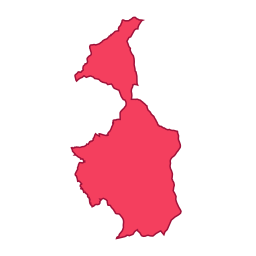 the district of Predeal, Brasov, Romania, rotated 272°
{"feature_id": "2599482B30401095830513", "entity_name": "Predeal", "entity_type": "district", "adm_level": 2, "iso_a3": "ROU", "parent_name": "Romania", "parent_adm1": "Brasov", "projection": "natural_earth1", "projection_center": [25.612, 45.498], "detail": "fine", "context": "isolated", "style": "filled", "palette": "rose", "viewbox_px": 256, "rotation_deg": 272, "n_neighbors": 0, "source": "geoboundaries", "source_scale": "gbopen_adm2", "svg_char_len": 5717}
<svg xmlns="http://www.w3.org/2000/svg" viewBox="0 0 256 256"><g transform="rotate(272 128 128)"><path d="M236.2,138.9L236.3,138.3L236.4,135.5L237.3,133.7L237.5,132.7L238.6,131.8L238.8,131.3L238.8,130.1L238.4,129.0L237.4,128.1L236.9,127.3L236.4,126.8L236.1,126.0L235.4,125.3L235.2,124.7L235.0,122.1L235.1,121.2L235.6,120.1L235.8,119.4L235.7,118.8L235.2,118.4L233.3,118.2L232.2,117.6L230.3,117.0L228.5,115.4L228.1,115.3L227.1,115.0L225.9,115.2L224.8,115.1L224.6,113.7L224.1,111.8L222.5,110.3L221.1,108.8L220.8,108.3L220.8,107.9L220.2,107.9L220.1,107.5L219.7,107.5L219.4,106.6L219.1,106.0L218.4,105.7L217.2,104.6L216.3,103.7L215.5,101.6L214.3,99.8L212.8,98.6L212.2,97.5L211.4,96.8L210.6,94.9L210.3,94.0L210.0,93.1L209.9,92.5L210.1,92.2L210.2,91.2L210.0,90.1L209.8,89.7L209.7,88.3L209.5,87.5L208.1,86.9L206.3,87.1L205.5,87.5L204.0,87.9L202.2,88.6L200.3,88.7L199.2,87.9L198.9,87.2L198.1,86.2L196.6,85.0L195.9,84.7L194.9,84.8L192.8,85.3L191.5,84.8L190.8,84.2L190.6,82.9L189.8,82.7L188.3,81.2L186.5,80.9L185.4,80.9L184.7,81.2L184.2,81.1L183.7,80.3L183.1,79.9L183.0,79.5L182.0,79.0L182.0,78.5L182.4,77.0L182.2,76.2L181.0,75.4L179.2,73.4L178.5,73.2L177.8,73.3L173.9,74.4L173.1,75.0L174.9,76.7L176.3,78.7L177.0,80.4L178.6,82.2L177.2,84.6L178.2,87.0L178.7,88.8L177.7,91.6L176.3,93.0L176.1,94.8L175.6,97.2L173.9,99.0L172.9,101.0L172.1,104.9L170.7,106.2L171.4,109.8L170.2,110.9L168.4,111.8L167.2,112.9L165.4,117.7L159.2,120.2L156.5,122.1L156.2,122.5L155.9,123.8L155.5,124.2L154.0,125.0L152.8,125.3L150.8,125.2L150.0,125.0L149.2,124.3L147.2,123.0L146.4,122.0L144.2,120.2L143.3,119.7L142.2,119.6L136.3,119.9L136.3,117.8L135.9,115.9L135.5,115.6L135.5,113.9L135.2,113.1L134.8,112.9L133.1,113.2L133.1,112.7L132.3,112.6L132.0,113.2L129.4,112.2L128.5,111.7L127.2,111.4L125.5,110.7L123.8,109.7L123.1,108.8L122.4,108.4L121.4,108.0L120.6,108.3L119.4,108.3L119.6,108.3L120.1,107.7L119.9,107.4L120.1,106.9L119.8,106.8L119.7,106.4L120.2,103.8L121.2,100.1L121.2,99.4L118.8,99.7L120.3,96.8L121.1,95.8L120.0,95.2L117.3,94.4L116.3,93.6L114.6,93.6L114.4,93.2L113.6,92.4L113.7,91.5L113.0,91.2L113.0,90.2L110.3,88.8L110.5,87.3L109.3,86.9L107.9,84.7L107.9,83.8L107.6,82.6L106.9,80.7L106.9,79.7L107.2,78.5L106.8,77.7L107.2,77.2L106.8,75.9L106.5,75.6L106.8,75.1L106.1,74.4L106.1,73.6L106.3,72.9L106.5,72.7L106.2,72.1L104.3,73.1L102.9,73.4L99.9,76.3L99.5,76.3L99.3,75.6L99.2,75.5L99.2,76.3L99.1,76.8L98.6,77.7L97.6,78.9L96.1,81.8L95.3,81.8L95.4,83.1L95.3,83.4L95.5,83.8L95.3,84.1L94.2,84.5L93.5,85.0L93.3,84.9L93.1,85.3L93.3,85.8L92.9,85.8L92.6,85.9L92.5,85.3L92.1,84.7L91.6,84.0L91.5,83.6L91.8,81.3L91.7,80.8L91.2,80.5L89.6,79.8L88.1,79.6L86.7,79.0L86.1,79.0L85.1,79.2L83.7,78.4L80.4,76.9L79.3,76.9L78.6,77.4L78.5,77.9L77.7,78.3L75.4,79.1L73.0,79.6L73.3,80.4L73.0,80.7L73.0,81.4L70.5,83.7L70.1,83.5L70.0,82.9L69.2,82.3L67.9,82.4L66.9,83.6L66.3,83.7L66.0,83.1L65.7,83.0L65.5,84.1L65.4,84.2L65.7,84.3L65.7,84.5L65.3,84.4L64.7,84.9L63.9,85.8L63.1,85.7L62.4,85.9L62.6,86.2L62.2,86.9L62.2,87.5L61.8,87.5L61.5,87.7L61.3,88.2L60.8,88.6L60.9,88.9L60.5,89.2L60.1,89.9L59.2,90.1L58.7,89.9L57.7,90.3L57.2,90.9L57.2,91.5L56.6,91.4L56.3,91.9L55.7,92.2L55.3,92.2L55.0,92.0L54.9,92.3L55.0,92.4L54.8,92.5L54.3,92.2L53.2,92.2L51.2,92.7L51.4,93.3L50.0,93.4L49.7,93.7L49.3,94.5L48.2,94.7L48.8,94.9L48.1,95.0L48.9,96.6L49.8,97.3L50.5,98.7L50.4,100.4L50.9,101.8L52.2,102.6L53.4,102.3L54.8,103.4L55.8,102.6L55.7,103.7L56.0,104.4L56.5,105.0L56.8,105.9L55.7,108.4L54.5,109.8L53.6,109.8L50.5,110.5L50.2,110.7L50.0,113.0L48.0,114.3L45.9,116.4L44.8,117.0L43.6,117.9L42.5,118.4L42.0,119.2L41.8,121.7L41.5,122.6L38.1,125.5L36.3,126.5L34.9,126.8L33.7,126.9L30.7,126.7L28.3,126.9L26.0,126.2L24.9,125.7L21.3,123.0L19.8,122.8L18.3,120.7L17.2,120.4L18.4,125.2L19.4,128.7L19.9,129.8L20.6,130.2L20.8,131.4L20.6,132.7L20.4,133.0L21.6,135.9L22.1,136.8L24.1,137.9L24.8,138.4L26.2,140.1L26.2,140.8L26.4,141.0L25.7,141.1L23.7,143.5L20.9,145.3L20.3,147.0L20.5,148.9L21.3,150.7L21.5,152.0L21.0,153.9L20.9,156.1L21.0,156.8L23.5,159.6L26.0,163.6L26.3,164.3L22.6,167.6L25.2,168.4L26.1,169.0L27.4,170.3L28.1,170.8L37.5,174.5L40.7,178.0L42.7,181.1L43.7,182.4L44.8,183.5L46.2,183.8L46.6,183.9L48.0,183.2L50.8,181.4L55.0,179.3L56.7,178.7L58.4,178.2L61.3,178.4L64.7,176.7L65.5,176.1L67.0,175.3L67.7,175.5L70.7,175.8L71.7,176.1L72.6,176.2L74.8,175.7L75.8,175.2L77.0,174.3L77.6,174.3L78.8,173.6L79.8,173.8L83.0,174.0L84.1,173.9L86.9,172.9L88.7,171.9L91.4,171.3L94.4,171.7L95.7,171.4L97.2,171.4L98.7,172.0L100.2,173.1L101.7,175.0L103.0,176.1L105.7,177.7L106.6,178.5L110.3,180.8L111.8,181.0L113.2,180.8L116.2,179.7L117.6,179.0L119.0,178.7L122.0,178.8L124.9,177.7L125.8,177.7L126.3,177.5L126.2,177.1L126.5,176.9L126.6,176.1L127.2,173.8L127.1,172.3L127.3,171.2L127.5,170.4L128.0,169.5L127.6,167.9L128.2,166.0L129.3,164.2L129.2,163.6L129.3,163.4L130.3,161.9L130.3,161.5L130.9,160.9L130.8,159.3L131.2,159.1L131.8,158.6L132.1,158.3L132.2,157.7L133.9,157.2L136.6,155.6L137.3,155.3L138.5,154.4L140.3,153.5L141.0,152.9L141.2,152.2L142.1,151.5L142.5,150.8L142.9,150.7L144.8,149.5L146.8,147.3L149.4,146.3L150.7,146.2L151.2,145.3L152.9,143.6L154.0,142.0L154.4,141.8L155.2,140.4L155.6,140.1L156.2,139.3L156.6,137.6L157.0,136.7L157.1,135.9L156.9,135.2L156.8,130.4L160.3,130.7L162.4,130.5L164.6,130.0L165.4,130.0L167.2,130.2L169.1,131.1L171.3,131.4L171.3,131.9L171.8,132.5L171.9,132.8L171.6,135.1L171.3,136.1L172.8,135.5L173.8,135.4L180.2,135.0L184.4,134.0L184.9,133.3L185.8,133.0L187.2,132.9L191.5,131.9L194.6,131.9L197.5,131.6L200.3,130.8L202.4,129.1L204.7,127.9L206.2,127.4L207.7,127.6L209.2,126.2L210.2,125.7L211.8,125.2L214.7,123.9L218.5,125.8L219.2,127.5L226.1,131.0L227.1,132.2L227.4,133.1L227.4,134.4L229.0,134.5L231.2,135.2L235.7,137.9L236.2,138.9Z" fill="#f43f5e" stroke="#9f1239" stroke-width="1.5"/></g></svg>